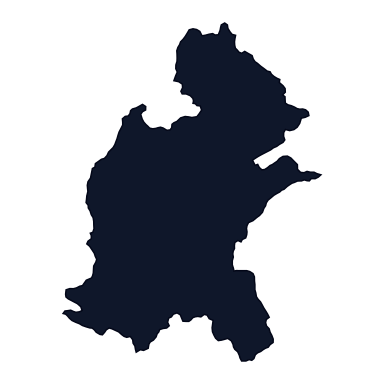 Mascote, Bahia, Brazil
{"feature_id": "56859067B88966015579039", "entity_name": "Mascote", "entity_type": "district", "adm_level": 2, "iso_a3": "BRA", "parent_name": "Brazil", "parent_adm1": "Bahia", "projection": "orthographic", "projection_center": [-39.412, -15.653], "detail": "fine", "context": "isolated", "style": "filled", "palette": "ink", "viewbox_px": 384, "rotation_deg": 0, "n_neighbors": 0, "source": "geoboundaries", "source_scale": "gbopen_adm2", "svg_char_len": 4823}
<svg xmlns="http://www.w3.org/2000/svg" viewBox="0 0 384 384"><path d="M245.9,361.0L249.1,359.6L251.8,360.3L253.9,358.6L255.3,354.8L257.6,352.8L260.7,351.5L263.2,349.6L265.5,348.2L268.2,347.2L270.1,344.6L273.1,342.5L273.2,339.1L271.8,335.4L270.1,332.2L269.1,328.7L266.5,326.0L265.6,322.6L266.3,319.5L269.2,317.3L267.6,314.1L265.8,311.1L263.8,308.0L262.0,304.6L260.5,301.9L258.1,299.3L256.4,296.7L255.8,293.0L254.9,289.8L254.9,284.6L254.5,281.1L254.4,276.8L253.0,273.6L249.7,271.5L246.8,270.7L243.1,270.7L239.3,270.7L236.3,270.6L234.0,271.1L233.4,268.3L232.3,264.8L232.3,260.7L233.3,257.1L232.8,254.0L233.2,251.2L234.5,248.5L234.4,245.7L234.8,242.5L237.9,240.5L241.0,241.9L242.3,239.5L245.7,237.9L246.7,234.8L247.0,231.9L246.5,228.5L247.0,225.7L248.5,222.6L252.9,220.7L256.6,217.6L259.7,215.3L262.5,212.2L263.8,208.5L265.6,205.7L266.3,202.9L268.0,200.2L271.4,197.4L274.0,195.2L277.2,193.3L279.7,192.0L281.6,190.2L284.0,189.3L287.2,186.4L291.7,183.3L294.4,182.4L297.5,181.0L301.5,180.9L304.3,179.9L307.0,180.7L309.3,180.9L311.3,178.6L315.1,178.7L318.3,177.1L320.9,174.8L316.8,173.6L314.0,172.2L310.3,172.2L307.0,171.4L304.1,172.7L300.6,172.4L297.5,169.3L297.4,164.6L293.9,161.1L290.9,158.0L287.4,156.1L283.0,156.4L279.4,158.6L277.1,161.3L275.0,162.7L272.3,164.6L270.1,165.5L267.5,167.7L264.7,169.5L261.9,169.8L259.3,167.5L257.7,164.4L255.1,165.3L252.5,160.2L255.1,158.4L258.1,156.5L260.2,155.3L263.2,153.7L266.3,152.1L270.6,149.9L273.4,147.8L276.7,146.4L279.4,144.4L283.0,142.4L284.8,139.9L283.6,136.3L283.7,132.6L285.4,129.5L289.7,130.6L293.9,129.6L297.2,127.2L299.7,123.4L301.3,118.2L305.2,117.3L308.9,115.6L308.2,112.1L305.6,109.8L302.7,109.0L299.8,109.2L297.1,108.6L294.5,107.1L291.3,105.7L287.9,104.8L285.3,103.0L285.1,99.7L285.0,96.7L282.6,94.9L285.3,92.2L285.1,88.5L283.0,85.7L279.3,82.5L279.8,79.5L277.0,78.3L273.9,76.4L271.4,74.2L270.1,71.8L267.2,71.1L264.5,69.0L260.7,66.2L257.5,63.4L255.0,61.7L253.2,59.0L252.1,55.6L248.3,53.5L244.7,51.4L241.7,53.3L239.0,52.2L237.3,50.1L235.4,48.2L234.7,45.2L234.5,41.8L234.9,38.8L235.6,35.3L232.1,34.4L230.0,31.8L227.9,28.4L227.4,24.9L224.7,23.0L221.3,24.9L220.6,27.5L220.1,30.3L218.3,34.8L215.0,35.0L212.7,33.6L209.2,34.2L205.5,35.2L202.0,35.8L199.8,31.4L196.6,29.5L193.0,28.8L189.2,29.8L187.3,33.1L185.2,36.5L183.0,39.4L180.6,41.8L179.6,44.6L177.9,47.4L176.8,50.7L177.0,53.7L177.1,58.0L177.0,61.4L175.9,64.9L175.8,68.7L177.3,72.0L175.7,75.7L173.9,80.7L178.7,81.7L182.3,84.1L182.6,87.6L180.9,91.3L182.2,93.9L186.1,93.9L190.3,95.7L192.9,98.4L193.5,100.9L193.0,103.3L195.3,103.7L197.0,105.6L200.2,105.9L201.6,110.1L199.2,113.7L196.9,116.7L191.9,117.5L188.7,116.9L185.1,116.5L180.6,117.9L176.8,121.5L174.0,122.7L172.0,124.3L171.7,127.7L170.1,129.9L166.9,130.3L163.1,128.0L160.5,127.2L158.1,127.7L155.8,128.4L152.7,128.8L149.6,128.1L147.7,126.1L145.9,124.5L143.8,122.1L142.2,119.1L140.7,114.3L142.5,111.7L145.6,110.0L145.7,106.5L142.5,104.4L139.0,106.4L136.2,107.9L132.4,109.0L130.6,110.7L130.0,113.6L128.2,116.0L125.2,116.4L122.4,118.8L122.7,122.2L122.7,125.0L121.3,127.8L119.1,132.0L118.0,135.4L117.1,138.6L115.8,142.0L114.9,144.5L113.1,147.6L111.0,149.7L108.6,152.1L107.0,155.6L104.4,158.4L101.4,159.3L98.5,161.4L95.4,163.6L94.9,167.2L92.4,168.5L91.5,173.1L90.5,178.1L88.0,181.7L87.3,185.3L87.6,188.9L87.9,191.4L86.8,196.0L86.5,199.4L86.1,202.6L88.2,205.3L88.3,208.0L90.1,210.9L91.3,214.7L93.1,217.6L93.7,221.2L93.8,225.0L94.0,228.7L92.8,232.3L90.3,233.2L91.3,235.6L91.3,238.7L88.0,241.2L86.8,243.9L89.6,246.2L92.1,249.9L94.3,253.3L95.3,256.4L96.7,259.3L95.8,262.2L93.7,266.0L93.5,269.1L93.3,273.0L92.6,275.7L91.5,278.0L88.9,279.1L86.3,280.2L84.1,283.3L82.5,285.6L79.8,286.2L76.5,287.9L73.5,288.7L69.8,288.6L66.1,289.8L65.6,294.2L66.0,297.0L68.3,298.9L71.0,300.3L74.2,302.0L77.3,303.6L80.8,306.7L82.1,310.5L79.4,311.8L75.9,312.3L73.5,311.5L70.7,310.2L67.5,310.7L64.9,311.0L63.1,313.5L65.7,314.2L67.5,315.9L69.4,318.2L72.0,320.5L75.8,322.3L79.4,323.7L82.4,325.5L86.1,326.8L89.8,327.9L92.2,328.1L94.3,329.8L96.2,332.2L99.9,334.4L102.4,334.8L104.6,332.3L106.3,329.8L109.1,328.0L112.0,328.8L114.8,330.1L118.7,331.9L121.7,334.6L124.1,336.4L126.7,337.3L130.3,336.5L132.7,339.7L133.1,343.2L134.9,346.0L135.5,349.6L136.2,352.2L140.3,349.7L143.6,350.4L148.2,348.3L148.9,344.2L150.2,342.0L153.4,340.1L156.1,336.9L157.1,333.9L158.8,331.9L159.6,329.6L163.0,328.5L166.7,328.0L169.2,325.8L167.6,322.3L168.7,318.1L171.4,316.9L173.3,314.2L177.0,312.9L180.3,314.8L181.3,317.3L182.9,321.2L186.3,321.4L188.8,321.4L190.8,320.0L192.8,317.7L195.1,316.8L197.8,316.4L200.9,316.9L204.2,314.4L207.1,315.1L209.2,318.7L213.1,320.4L212.6,324.2L212.1,327.8L212.5,331.8L214.0,335.2L215.6,338.2L218.3,340.6L221.6,340.1L224.3,339.4L227.8,338.4L231.4,340.9L233.1,344.5L233.5,346.9L234.8,349.3L237.7,351.8L239.3,355.3L240.0,357.9L241.6,361.0L245.9,361.0Z" fill="#0f172a" stroke="#020617" stroke-width="1.5"/></svg>